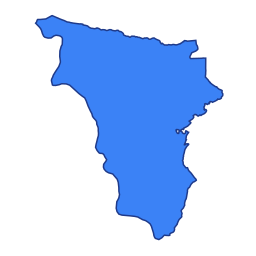 the district of Magura, Buzau, Romania, rotated 271°
{"feature_id": "2599482B29533090447185", "entity_name": "Magura", "entity_type": "district", "adm_level": 2, "iso_a3": "ROU", "parent_name": "Romania", "parent_adm1": "Buzau", "projection": "albers", "projection_center": [26.561, 45.264], "detail": "fine", "context": "isolated", "style": "filled", "palette": "blue", "viewbox_px": 256, "rotation_deg": 271, "n_neighbors": 0, "source": "geoboundaries", "source_scale": "gbopen_adm2", "svg_char_len": 5860}
<svg xmlns="http://www.w3.org/2000/svg" viewBox="0 0 256 256"><g transform="rotate(271 128 128)"><path d="M216.8,194.3L215.8,185.6L216.1,185.2L216.4,183.1L216.1,182.5L215.3,182.2L215.0,181.1L213.9,180.0L213.8,179.5L213.0,178.6L213.0,177.9L212.7,177.2L212.2,176.0L211.9,174.6L212.3,172.2L212.3,171.4L211.8,169.8L212.1,167.2L212.1,166.9L211.7,166.3L211.5,165.5L211.7,164.9L211.6,163.0L213.3,160.7L212.8,160.0L212.9,159.7L213.4,159.5L214.0,158.8L214.8,158.6L215.1,158.5L215.7,158.1L216.1,157.5L216.9,155.4L217.7,153.7L218.4,152.7L218.4,151.6L218.2,151.1L218.2,150.8L217.1,148.7L217.1,148.1L217.3,147.3L218.2,146.2L218.4,145.7L218.4,144.7L218.2,143.8L218.3,143.2L218.2,142.7L217.7,141.8L217.6,141.0L218.9,137.5L218.8,136.4L219.4,135.3L219.2,134.0L219.4,133.6L219.8,133.1L219.9,130.3L219.7,129.7L218.9,128.8L218.8,128.5L218.8,128.2L218.9,127.9L219.4,127.3L219.7,126.5L219.8,124.6L220.9,122.1L221.2,121.9L221.9,121.8L222.4,121.6L223.2,120.8L224.0,119.6L224.3,118.9L224.3,117.8L225.4,116.6L225.5,115.6L225.3,114.6L224.9,113.7L224.9,113.3L225.3,110.7L225.8,109.8L226.0,109.3L226.0,107.5L225.5,106.7L225.3,106.0L225.1,105.2L225.2,104.3L225.6,103.7L225.9,102.1L225.9,101.0L225.6,99.6L225.7,99.2L227.0,97.1L227.4,95.6L227.2,95.1L227.4,95.0L226.8,93.5L226.7,92.6L227.0,91.0L227.1,89.4L227.6,88.2L228.3,87.0L229.2,86.0L229.5,85.3L230.0,83.1L230.0,82.3L230.2,82.0L230.3,81.3L230.9,81.1L231.0,81.0L231.3,78.9L231.2,78.0L231.3,76.9L231.9,71.5L232.4,68.5L232.7,67.6L233.0,65.2L234.3,62.4L235.0,60.3L236.0,57.6L239.0,50.3L238.9,49.8L235.6,43.9L235.0,38.6L234.9,35.8L234.3,35.3L232.3,34.7L231.2,33.8L227.4,37.6L225.8,38.9L224.0,39.8L220.9,40.8L218.3,42.1L217.3,43.3L216.5,46.5L216.7,49.6L218.7,52.2L219.5,54.4L219.1,57.5L218.6,58.9L217.6,60.2L216.5,60.8L215.3,60.9L210.4,60.8L208.5,59.8L203.9,58.6L198.4,58.5L193.8,59.2L192.3,59.2L188.3,57.8L183.1,54.5L179.5,52.4L177.6,51.8L175.5,50.8L174.0,50.6L169.7,51.7L169.3,52.6L169.3,54.9L170.1,58.5L171.1,61.0L171.0,65.5L169.8,69.0L161.6,78.3L159.1,81.6L157.4,84.2L154.5,85.7L149.1,87.8L144.4,90.1L141.7,91.6L138.9,92.4L137.4,93.5L135.1,95.7L134.1,96.3L133.2,96.6L131.3,96.7L128.3,98.0L126.9,98.3L124.7,98.3L122.2,98.6L119.7,98.5L116.9,97.7L114.0,97.1L111.2,96.4L108.1,95.9L105.0,97.5L102.7,99.4L102.2,100.4L102.1,102.6L101.9,103.2L100.8,104.4L98.7,105.4L97.2,106.4L96.0,107.2L94.6,106.6L91.3,104.3L88.5,104.1L86.4,104.9L84.2,106.9L82.9,109.3L81.8,113.5L76.6,118.1L73.5,119.2L68.1,119.9L64.6,120.0L61.3,120.7L58.2,120.1L56.5,119.4L54.1,118.1L47.6,117.6L44.2,118.5L41.7,120.4L40.8,123.4L40.2,131.9L39.8,136.1L39.2,139.3L36.6,144.2L35.7,147.2L34.1,149.8L32.5,151.8L30.2,153.1L23.5,155.3L20.9,155.8L19.4,156.4L18.1,157.3L17.2,160.3L17.0,160.8L18.8,163.7L21.1,165.8L21.4,166.2L21.5,166.7L21.3,167.6L21.2,170.5L21.4,171.6L22.6,171.7L23.1,171.9L23.6,172.6L24.6,174.9L25.4,175.7L26.1,176.0L27.2,176.3L28.0,176.3L28.9,176.1L32.7,178.9L33.4,178.9L33.8,179.2L35.1,179.6L37.0,180.5L37.7,181.0L39.7,182.9L40.2,183.3L42.0,183.1L43.1,183.5L43.6,183.5L45.7,182.7L46.2,182.6L46.7,182.8L47.6,183.5L49.2,184.9L50.4,185.3L51.6,186.0L53.7,185.9L54.4,186.0L56.8,186.6L58.0,187.3L59.2,187.6L65.7,188.6L66.9,188.5L68.0,188.9L69.0,189.4L69.6,190.4L69.9,190.6L72.0,191.6L72.9,192.1L74.7,193.7L75.1,194.2L75.4,195.1L75.7,195.6L76.9,197.2L77.9,196.9L78.7,196.1L79.8,195.1L83.9,192.0L86.2,189.7L87.1,189.1L89.3,188.2L89.4,187.7L89.2,187.0L89.2,186.8L89.3,186.5L92.1,184.2L92.8,183.9L94.9,183.7L96.6,183.1L96.7,183.3L97.5,183.6L98.8,183.7L99.4,183.6L100.5,184.0L101.3,184.0L101.6,183.9L104.4,184.7L105.2,184.8L107.5,185.3L110.6,187.1L112.5,188.9L112.9,188.9L113.1,188.8L113.1,188.7L112.7,188.2L113.2,188.1L113.3,188.0L113.1,187.1L113.2,186.2L112.1,185.2L112.2,184.7L112.6,184.7L113.4,185.1L115.3,185.8L116.8,186.1L117.0,186.5L117.3,186.6L117.4,186.2L117.6,186.1L121.1,186.5L122.6,187.3L124.6,188.7L124.8,188.7L124.8,188.2L125.8,186.9L126.1,186.3L126.1,185.8L125.7,185.6L124.8,185.6L123.9,185.4L123.6,185.1L123.3,184.4L123.3,184.0L123.9,182.8L124.3,182.4L125.1,182.1L125.6,181.5L125.8,180.6L126.0,180.1L126.1,179.4L125.7,179.2L125.3,179.1L123.7,178.8L123.5,178.7L123.4,178.1L123.6,177.5L124.6,176.8L125.9,176.4L125.9,176.2L126.6,176.1L127.1,176.2L127.3,176.5L127.3,176.9L127.1,177.4L127.3,177.8L127.3,178.0L126.5,179.5L126.6,180.7L126.8,181.1L127.3,181.4L127.9,182.6L127.4,183.1L127.4,183.3L128.1,183.9L128.6,183.7L128.9,183.8L129.9,185.8L130.2,186.4L130.5,186.8L130.8,187.5L133.6,190.3L134.0,190.6L134.6,190.7L135.2,189.9L135.5,189.3L135.7,189.1L135.9,189.0L137.8,191.9L138.5,192.6L139.3,193.2L140.1,193.6L141.1,193.1L141.5,193.0L142.8,194.8L142.7,195.2L142.4,195.5L142.4,195.8L142.5,196.2L141.6,197.0L141.3,197.4L141.4,197.8L141.2,198.1L141.3,198.4L142.2,199.5L142.3,199.8L141.8,200.7L141.9,200.9L142.3,201.2L143.8,204.2L145.1,205.5L146.5,206.2L146.9,206.2L147.7,205.7L147.9,205.4L147.7,204.8L147.8,204.5L147.5,204.2L147.4,204.1L148.1,203.7L148.6,203.9L149.4,203.8L150.2,203.5L151.6,204.3L152.1,204.4L153.3,204.3L153.3,204.5L153.3,204.8L153.7,205.1L153.7,205.3L153.5,205.7L153.4,206.1L153.0,206.6L152.9,207.0L153.2,207.4L153.8,207.9L153.9,208.0L153.6,208.6L153.8,208.8L154.3,209.0L154.6,209.3L155.1,208.9L155.4,209.3L155.9,209.7L155.8,210.9L155.5,211.7L155.2,212.0L156.7,215.2L157.7,216.6L157.7,216.9L157.8,217.0L158.5,217.3L158.3,217.9L158.3,218.6L158.6,219.6L159.2,220.5L159.5,220.8L160.8,221.0L161.9,222.1L162.7,222.2L163.8,222.2L165.2,221.3L166.9,221.5L167.4,221.0L168.1,219.2L168.2,218.7L168.6,218.1L169.7,216.7L170.7,216.0L170.7,215.3L171.1,214.4L173.0,211.5L174.7,209.3L175.0,209.4L176.0,208.2L177.3,207.4L179.9,204.9L180.0,204.6L181.5,204.5L183.1,204.7L185.1,204.7L186.7,204.8L188.9,204.6L199.2,204.5L199.2,204.1L199.2,201.8L199.0,200.6L198.5,189.4L198.9,189.0L200.1,188.5L201.1,188.9L204.4,190.5L206.1,194.4L207.5,196.1L208.2,196.5L210.3,196.2L211.8,195.6L212.3,195.1L213.1,194.8L216.8,194.3Z" fill="#3b82f6" stroke="#1e3a8a" stroke-width="1.5"/></g></svg>